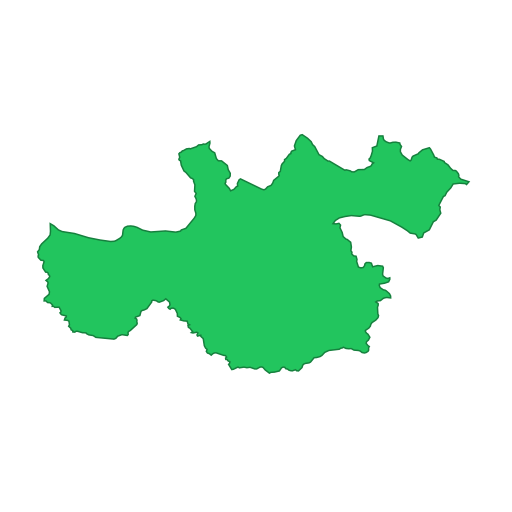 outline of Porto Nacional, Tocantins, Brazil, rotated 266°
{"feature_id": "56859067B7775262442491", "entity_name": "Porto Nacional", "entity_type": "district", "adm_level": 2, "iso_a3": "BRA", "parent_name": "Brazil", "parent_adm1": "Tocantins", "projection": "natural_earth1", "projection_center": [-48.464, -10.549], "detail": "fine", "context": "isolated", "style": "filled", "palette": "green", "viewbox_px": 512, "rotation_deg": 266, "n_neighbors": 0, "source": "geoboundaries", "source_scale": "gbopen_adm2", "svg_char_len": 6101}
<svg xmlns="http://www.w3.org/2000/svg" viewBox="0 0 512 512"><g transform="rotate(266 256 256)"><path d="M268.1,411.4L266.9,416.3L266.3,417.2L262.6,419.1L263.3,423.2L267.3,424.9L270.0,430.7L277.8,435.3L279.2,438.2L285.8,443.3L289.3,442.6L292.0,443.2L293.6,441.9L294.6,442.4L302.3,447.1L303.0,448.8L306.3,450.7L310.3,455.0L314.1,457.7L314.4,464.2L313.6,469.9L312.6,471.0L315.2,473.6L318.4,465.6L320.9,463.6L322.4,464.0L324.0,463.6L326.7,461.8L327.4,460.7L327.6,458.4L330.1,456.1L333.5,453.9L336.1,450.5L337.2,450.3L339.7,445.7L339.9,443.7L341.2,443.3L342.2,440.9L344.1,440.4L350.4,437.6L351.9,436.5L350.3,429.5L347.6,425.7L346.7,425.1L344.7,419.6L343.7,418.6L340.8,417.4L340.1,416.4L341.4,414.5L346.5,408.9L349.9,407.3L352.4,407.5L355.1,408.8L357.2,407.5L358.7,407.3L359.8,403.5L359.9,400.4L359.3,397.5L359.7,396.3L360.8,393.9L362.4,392.0L363.7,391.3L366.9,391.0L367.2,387.0L357.3,384.2L355.9,379.6L352.4,379.5L348.1,377.9L345.6,376.6L344.8,375.5L343.3,375.7L340.7,379.8L339.7,378.2L338.3,377.5L337.5,376.5L336.5,373.0L334.7,370.1L335.0,364.0L333.0,359.9L333.3,357.3L334.3,356.1L335.3,353.2L335.7,351.8L335.3,350.7L345.6,335.8L345.7,334.4L348.4,330.8L350.6,329.2L352.7,325.9L361.1,322.2L363.2,320.2L366.2,319.0L369.9,315.6L373.8,310.6L373.4,308.6L368.3,304.2L363.1,302.0L359.3,302.8L358.1,298.9L357.0,298.1L355.7,297.9L355.2,296.4L351.2,293.0L350.2,291.2L348.5,291.1L346.1,288.5L344.5,287.6L338.6,286.1L337.7,284.6L336.0,284.4L334.8,284.8L333.9,284.1L330.2,278.9L327.8,277.9L325.4,276.0L324.2,272.4L322.0,270.1L321.5,268.5L322.3,266.3L334.0,245.9L333.2,244.5L329.6,242.5L327.0,242.6L326.5,241.2L324.0,238.6L322.8,235.2L325.3,234.1L329.5,230.6L330.7,230.2L331.6,231.0L334.1,231.2L335.1,232.0L335.6,234.4L337.5,235.8L340.3,236.1L344.1,234.3L348.3,233.7L353.3,228.3L353.6,225.1L355.0,223.9L356.2,223.2L361.8,222.0L363.6,219.3L366.6,216.9L368.2,216.7L371.8,217.9L373.5,217.9L371.2,213.8L371.1,212.5L371.4,211.3L370.8,209.7L370.8,206.5L369.2,204.3L367.5,198.0L367.9,196.9L367.7,194.1L366.2,191.0L366.0,189.8L364.9,188.8L364.4,187.3L363.3,186.2L359.8,186.8L357.9,185.8L356.9,186.2L356.2,187.4L351.8,187.8L345.8,190.1L344.3,191.9L338.5,196.2L337.8,197.8L336.5,199.1L335.1,198.9L331.2,200.0L324.8,199.2L322.6,200.7L319.8,199.2L317.2,200.3L315.4,200.5L313.9,200.2L312.7,199.1L309.9,198.4L306.3,198.2L302.8,199.0L300.6,198.8L297.9,196.9L288.5,188.0L287.2,183.3L286.1,182.4L285.4,177.6L287.3,167.4L287.3,152.7L289.7,144.7L292.9,139.3L294.1,136.2L294.7,133.2L294.7,129.9L293.8,127.3L292.9,126.3L291.2,125.3L286.0,124.3L284.4,123.1L283.1,121.3L281.1,117.3L280.6,115.7L280.6,112.0L282.8,101.6L285.9,90.2L291.1,76.5L293.9,64.3L295.8,60.7L300.2,56.5L302.6,53.0L294.9,52.7L291.4,52.1L288.3,49.5L283.0,43.0L280.4,40.9L277.5,40.3L275.4,38.4L272.2,39.2L271.2,38.6L269.8,38.7L266.8,41.1L266.3,43.7L265.1,44.2L261.3,42.7L258.9,42.6L254.6,45.0L254.4,46.4L253.4,47.5L251.9,47.6L251.1,48.6L249.8,48.8L247.9,47.3L246.3,44.8L244.6,46.5L243.5,46.7L240.3,45.5L234.7,47.5L232.2,46.9L228.5,41.9L226.0,41.5L225.9,43.2L224.1,44.9L223.7,47.5L221.5,49.5L220.0,49.2L220.0,50.4L218.8,51.7L218.7,56.0L214.9,57.7L213.7,57.4L213.0,56.5L211.9,57.1L210.9,58.1L209.4,62.6L208.3,62.4L207.5,61.2L205.5,60.4L204.9,63.7L203.9,64.9L200.3,65.1L199.0,64.2L196.8,66.2L195.3,66.4L194.3,68.0L193.0,68.0L192.7,69.9L193.5,71.4L193.3,72.9L191.6,77.5L191.2,81.0L190.3,81.6L189.0,83.7L188.0,88.0L186.0,90.6L183.0,108.5L183.6,110.4L185.7,112.5L186.9,116.8L185.7,122.1L186.6,123.0L188.8,123.0L189.7,123.9L190.5,125.5L195.9,132.3L197.2,132.8L198.7,132.5L200.4,132.8L201.6,132.4L202.3,131.1L203.4,131.5L204.7,136.0L208.8,137.4L209.6,138.6L210.0,140.7L211.1,143.5L217.3,148.7L218.6,148.9L219.2,150.2L218.3,153.5L217.0,155.1L216.7,156.4L218.0,160.8L219.6,163.0L216.1,166.5L213.3,166.8L212.1,166.0L211.1,164.5L209.7,165.4L208.9,166.6L209.8,167.7L209.8,169.8L209.2,170.9L208.3,171.9L204.2,173.5L201.4,173.4L200.0,175.9L198.8,176.8L197.5,176.0L196.3,179.5L195.8,182.8L192.9,183.4L192.0,184.8L191.5,183.3L189.5,183.6L188.6,185.0L185.0,187.5L184.1,186.2L183.6,187.8L184.1,191.6L183.3,192.7L181.3,191.6L180.2,192.1L180.8,195.4L179.6,195.4L177.3,197.6L170.1,198.2L167.6,199.3L166.3,200.7L164.3,199.8L162.6,200.8L161.8,202.7L160.2,204.4L161.5,206.0L162.2,207.8L162.2,209.4L159.1,216.9L158.8,218.6L157.2,219.6L156.3,218.5L154.9,218.7L154.6,220.2L153.4,220.7L152.2,222.6L150.7,222.1L149.8,221.1L144.4,223.9L144.6,225.6L146.5,230.3L145.6,231.6L146.0,236.3L145.2,239.1L145.4,242.3L143.4,247.0L143.3,248.8L144.9,252.2L144.9,254.0L144.3,255.3L141.7,257.2L138.2,261.2L138.9,262.7L138.9,266.4L139.7,271.3L142.7,273.7L143.3,275.3L143.0,276.9L141.5,277.8L141.0,279.6L139.8,280.9L139.2,282.5L138.9,284.2L139.8,287.5L138.7,288.5L138.4,290.4L141.5,294.1L143.8,295.0L144.8,296.0L145.4,297.7L145.7,301.5L146.4,303.0L150.5,306.9L150.5,309.3L151.2,312.9L152.2,314.8L155.1,317.9L156.7,322.2L157.2,332.6L158.1,334.1L158.2,335.5L158.9,336.8L157.5,339.3L157.0,342.1L157.0,344.5L155.3,347.2L154.6,351.6L154.0,353.2L152.3,355.1L151.7,357.4L152.0,359.1L153.1,361.1L154.2,361.8L156.6,361.9L157.8,362.7L158.8,361.4L161.2,359.8L162.8,360.3L164.3,362.3L167.0,363.9L170.2,362.2L171.4,360.8L173.0,359.9L174.1,359.9L176.3,363.6L178.1,365.2L179.7,365.7L181.5,367.1L183.7,371.0L186.0,373.4L188.0,374.1L189.7,373.5L196.4,373.6L198.6,374.5L200.1,374.5L201.8,372.3L202.7,374.0L202.8,377.0L204.8,379.9L205.3,381.5L205.5,383.6L204.8,387.4L206.7,387.5L209.1,386.5L212.2,383.4L212.9,382.4L213.4,380.6L215.8,377.6L218.1,376.9L219.4,377.2L219.9,382.4L221.0,386.5L223.5,387.9L224.9,387.9L224.4,386.1L224.9,384.2L227.2,381.4L229.0,381.0L235.4,382.2L237.0,381.6L238.0,376.8L237.1,371.6L240.8,370.6L241.6,368.5L241.8,365.6L240.5,364.1L238.9,363.7L237.1,362.3L236.8,359.8L237.8,357.4L243.6,356.0L245.5,356.5L248.8,355.8L249.3,353.4L251.5,351.6L253.1,352.0L254.7,351.0L258.3,351.8L263.1,351.4L266.1,348.2L266.6,346.9L269.3,344.3L273.5,343.6L278.3,341.7L280.9,342.5L282.8,341.0L282.4,338.2L282.9,335.1L285.9,337.6L288.2,341.8L289.2,347.6L289.7,353.9L288.4,362.1L288.5,363.3L289.6,366.6L289.6,368.0L288.8,373.1L281.7,392.5L274.6,403.5L270.6,408.8L268.1,411.4Z" fill="#22c55e" stroke="#15803d" stroke-width="1.5"/></g></svg>